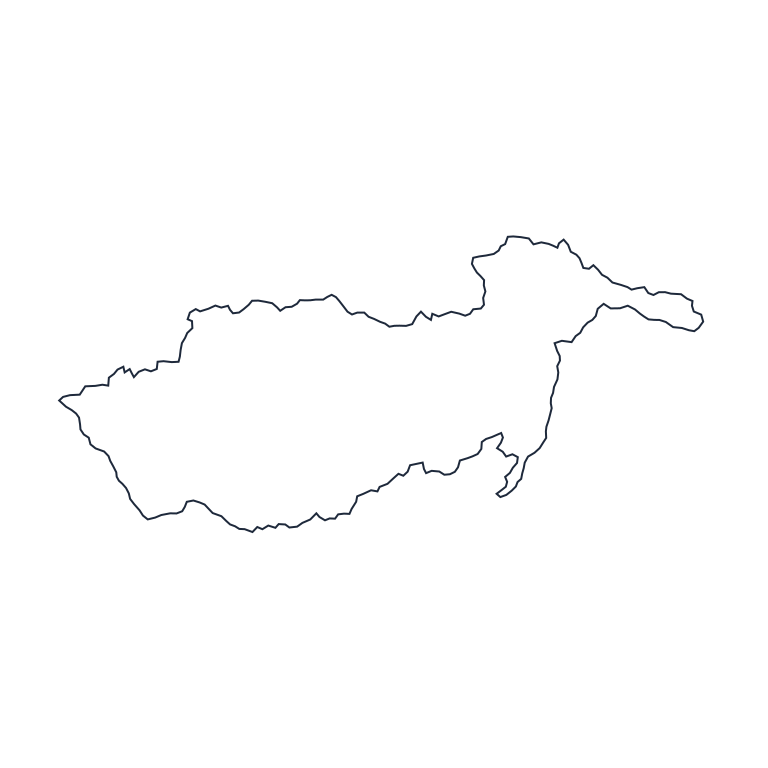 outline of São Pedro dos Ferros, Minas Gerais, Brazil, rotated 263°
{"feature_id": "56859067B15771280139619", "entity_name": "São Pedro dos Ferros", "entity_type": "district", "adm_level": 2, "iso_a3": "BRA", "parent_name": "Brazil", "parent_adm1": "Minas Gerais", "projection": "robinson", "projection_center": [-42.566, -20.074], "detail": "fine", "context": "isolated", "style": "outline", "palette": "slate", "viewbox_px": 768, "rotation_deg": 263, "n_neighbors": 0, "source": "geoboundaries", "source_scale": "gbopen_adm2", "svg_char_len": 3857}
<svg xmlns="http://www.w3.org/2000/svg" viewBox="0 0 768 768"><g transform="rotate(263 384 384)"><path d="M488.9,590.7L492.5,585.5L499.7,583.7L505.4,579.9L502.3,574.8L498.1,572.7L500.6,568.8L503.0,564.5L505.4,557.4L504.4,549.4L510.8,545.5L513.1,537.7L514.7,530.3L515.0,524.8L508.1,521.3L506.5,516.7L502.5,514.1L499.7,508.8L499.1,501.0L499.0,494.1L498.4,487.9L492.5,485.9L487.6,487.8L483.3,489.8L479.4,492.9L474.9,496.0L469.7,495.1L463.5,495.9L457.3,492.9L450.5,492.9L447.1,489.3L447.3,481.7L443.2,477.9L441.9,472.9L444.7,467.3L447.5,459.5L445.7,451.9L444.4,446.5L447.8,440.5L441.9,438.4L445.6,433.8L451.3,429.5L447.1,424.4L440.0,419.3L439.0,413.0L440.0,406.4L440.5,401.4L440.2,396.3L443.8,392.5L446.2,387.7L449.8,382.1L452.6,376.9L457.3,373.1L458.1,366.1L456.9,360.7L460.2,356.6L466.7,352.8L471.9,349.7L476.1,346.9L478.9,342.9L477.3,338.3L475.2,334.0L476.1,326.7L476.1,321.0L476.6,316.1L477.5,310.7L474.3,307.5L471.9,301.8L472.2,295.6L469.3,289.9L473.1,287.2L477.8,282.9L480.1,276.1L482.1,269.4L482.7,263.2L479.1,259.4L475.4,253.8L472.6,248.9L472.6,242.7L476.4,240.2L480.6,238.7L479.7,231.8L482.4,226.2L480.1,218.9L478.5,210.3L481.3,206.3L478.5,200.0L472.2,197.0L469.8,201.1L462.8,200.6L458.6,194.9L454.0,192.2L449.2,188.4L442.6,186.3L436.0,184.7L431.1,182.8L431.6,176.0L433.5,168.0L433.7,162.0L426.6,160.3L425.0,154.2L427.7,148.5L426.0,142.0L421.3,136.6L425.6,134.9L429.8,133.4L427.1,128.0L432.9,127.4L430.8,121.3L426.9,117.2L423.8,111.7L416.0,110.1L417.6,104.4L417.3,97.4L418.1,87.2L410.5,80.7L411.2,71.0L410.3,63.9L407.2,59.6L400.2,65.6L396.2,70.8L392.2,74.8L387.8,77.2L381.0,77.4L375.9,77.2L370.5,79.9L366.7,84.4L359.9,85.3L355.2,89.9L351.1,98.0L346.0,101.8L341.1,102.9L335.1,105.3L329.0,107.5L324.5,107.4L320.3,109.1L316.8,112.2L312.2,115.3L306.5,117.4L300.9,118.0L295.3,121.3L288.4,126.0L282.8,128.7L278.4,133.0L279.3,140.6L281.1,147.0L281.7,156.0L280.8,162.3L282.3,168.2L286.3,171.3L291.1,173.9L291.6,180.6L288.9,186.6L286.2,191.3L281.7,194.6L276.8,198.2L272.6,206.5L267.2,210.8L263.4,214.1L260.9,218.9L257.8,222.7L256.9,228.0L253.1,235.4L257.5,240.8L254.7,245.6L257.6,251.9L254.5,258.7L257.8,262.4L256.6,268.9L253.1,272.6L253.0,280.4L256.1,286.1L258.5,294.3L263.9,301.1L259.9,303.7L255.9,308.8L257.2,313.7L256.3,319.0L260.2,322.6L260.2,328.5L259.3,333.9L263.9,336.6L270.5,342.0L275.8,343.7L277.5,350.1L280.1,358.2L278.2,364.4L282.4,367.1L284.5,375.3L289.4,382.1L293.1,387.4L290.6,392.0L294.1,396.8L300.2,400.0L301.3,412.8L294.8,413.3L290.4,414.9L292.0,420.7L290.4,428.2L286.6,432.8L286.4,438.4L288.2,443.6L292.3,447.3L298.8,450.0L300.2,457.9L301.4,463.0L303.1,468.4L307.7,472.7L314.5,474.0L317.0,478.6L318.2,484.6L321.1,494.3L316.4,495.5L311.5,492.9L306.5,488.4L302.3,493.6L297.1,496.4L298.6,502.9L295.1,507.9L289.4,506.4L285.2,501.7L280.4,498.1L277.0,492.9L271.9,494.3L267.2,492.4L264.6,488.1L261.3,482.4L257.6,485.7L259.0,491.9L262.6,497.8L266.2,502.4L270.4,504.6L273.1,508.6L278.4,510.3L283.4,512.4L288.8,514.1L294.4,518.1L297.4,525.0L301.4,530.7L306.8,535.1L310.7,538.4L317.3,538.9L321.8,540.0L327.8,542.9L333.9,545.3L339.6,547.5L344.5,547.2L349.9,548.1L354.5,550.7L360.4,552.4L367.4,556.7L374.2,558.4L380.6,558.1L385.8,561.5L390.4,561.8L395.7,559.9L403.7,558.3L405.2,565.8L402.7,575.3L408.2,580.1L410.9,585.0L416.0,588.6L420.1,593.6L422.2,598.6L425.7,602.5L432.6,605.3L436.8,611.8L431.4,618.2L430.4,627.5L432.0,635.5L427.4,642.2L422.7,646.6L419.2,650.4L415.9,654.4L414.7,660.1L414.0,665.2L411.2,671.3L405.2,677.9L403.3,686.5L400.2,693.2L398.6,698.4L401.4,703.2L407.0,708.4L414.2,707.3L418.2,700.3L424.1,699.2L428.8,700.3L431.8,695.1L436.9,689.8L438.7,679.8L440.9,674.2L441.6,667.9L439.5,662.3L442.1,657.4L448.4,654.2L448.2,647.0L447.5,641.2L450.5,637.5L453.5,631.2L456.9,623.1L462.3,618.7L465.8,613.7L471.3,610.4L476.4,606.3L473.4,601.5L474.9,596.0L480.0,594.8L485.0,593.4L488.9,590.7Z" fill="none" stroke="#1e293b" stroke-width="2"/></g></svg>